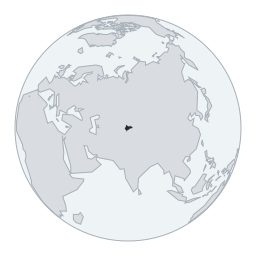 Chuy on an orthographic globe
{"feature_id": "KGZ-1116", "entity_name": "Chuy", "entity_type": "Region", "adm_level": 1, "iso_a3": "KGZ", "parent_name": "Kyrgyzstan", "parent_adm1": "", "projection": "orthographic", "projection_center": [74.767, 42.563], "detail": "fine", "context": "on_globe", "style": "filled", "palette": "slate", "viewbox_px": 256, "rotation_deg": 0, "n_neighbors": 0, "source": "natural_earth", "source_scale": "10m", "svg_char_len": 11627}
<svg xmlns="http://www.w3.org/2000/svg" viewBox="0 0 256 256"><circle cx="128" cy="128" r="113" fill="#eef3f6" stroke="#a8b0b8"/><path d="M154.0,18.4L153.0,18.3L150.9,17.7L150.4,17.7L153.0,18.6L154.9,19.1L156.7,22.3L164.6,27.9L169.9,29.9L166.5,29.5L178.4,33.7L184.5,38.1L175.9,33.1L173.7,32.6L177.0,35.4L175.4,35.6L176.1,37.1L173.9,37.1L169.1,34.5L167.6,34.6L170.0,36.6L169.3,38.1L166.0,35.1L164.5,37.5L156.1,34.2L149.1,27.2L142.6,26.4L130.8,22.2L130.1,23.0L125.2,22.4L122.6,23.2L121.1,22.4L120.3,23.8L122.2,24.4L122.4,25.2L121.1,25.8L119.0,24.9L119.3,24.4L118.0,24.5L117.5,23.8L117.0,24.5L114.6,23.4L114.9,25.4L111.3,25.4L110.3,24.5L113.1,23.3L117.6,19.1L117.4,18.3L114.3,18.0L102.9,19.8L101.6,19.6L97.8,20.2L97.3,20.7L100.1,20.5L98.2,21.9L101.8,21.8L101.5,22.4L104.1,23.0L100.9,24.4L96.2,25.4L93.9,25.1L91.8,25.7L91.7,27.3L85.1,28.3L76.8,31.9L75.4,32.2L76.9,29.9L82.8,26.3L84.8,24.3L80.5,27.2L77.1,28.2L75.3,29.1L73.8,30.1L74.0,30.4L72.2,31.2L75.7,28.5L77.3,27.7L76.2,28.5L79.0,26.9L81.3,25.5L79.4,26.4L87.2,23.0L95.2,20.2L103.5,18.1L111.8,16.5L120.3,15.6L128.8,15.4L137.3,15.7L145.7,16.8L154.0,18.4ZM156.0,19.4L153.2,18.6L151.4,17.9L153.9,18.5L156.0,19.4ZM159.2,21.3L157.5,20.8L158.2,20.5L159.0,20.8L159.2,21.3ZM174.0,31.4L172.1,30.1L174.5,31.4L174.0,31.4ZM176.6,37.3L177.6,37.7L177.5,38.4L176.6,37.3ZM105.8,22.3L105.0,22.7L104.9,22.3L105.8,22.3ZM107.7,22.3L108.2,21.7L109.1,21.6L108.8,22.0L107.7,22.3ZM174.1,39.1L173.6,40.1L173.3,38.6L174.1,39.1ZM106.8,23.1L110.8,21.5L112.5,21.4L112.7,22.8L106.8,23.1ZM172.8,40.5L171.7,43.4L174.0,44.4L167.0,43.4L170.2,41.1L169.4,39.0L171.2,40.3L172.8,40.5ZM123.3,24.3L121.3,23.7L124.2,23.7L123.3,24.3ZM125.1,24.1L133.8,23.2L136.1,24.5L132.7,24.5L136.7,25.9L133.6,27.0L130.7,26.4L129.8,25.3L129.3,26.6L125.1,24.1ZM163.3,42.5L162.4,42.9L162.5,42.0L163.3,42.5ZM122.8,25.5L124.3,25.2L126.4,26.3L123.7,27.2L123.9,26.6L122.8,25.5ZM139.3,25.9L140.4,27.0L138.2,28.1L138.3,28.7L133.7,27.1L139.3,25.9ZM122.7,26.6L122.3,27.7L120.0,27.8L121.4,26.0L122.7,26.6ZM128.1,26.2L129.0,26.8L127.6,26.7L128.1,26.2ZM111.9,29.1L113.7,28.4L114.9,28.9L111.9,29.1ZM122.3,28.2L123.0,28.1L123.7,28.3L123.0,29.0L122.3,28.2ZM132.5,28.1L131.3,28.4L134.2,28.8L132.7,29.8L129.9,28.6L130.4,29.6L130.0,29.9L128.2,28.6L132.5,28.1ZM124.3,30.4L120.3,29.4L116.6,30.4L115.4,30.0L121.5,28.5L124.3,30.4ZM126.8,29.4L125.0,29.9L124.4,29.0L125.2,28.1L126.8,29.4ZM132.6,31.0L135.7,29.7L136.2,30.0L132.6,31.0ZM123.4,30.8L124.4,31.0L123.2,31.0L123.4,30.8ZM129.9,31.1L130.9,30.5L131.5,30.9L129.9,31.1ZM125.5,32.0L124.2,31.6L124.7,31.0L125.5,32.0ZM127.6,31.7L128.1,32.3L125.7,31.0L128.0,31.4L127.6,31.7ZM130.2,31.5L130.9,31.5L129.7,31.7L130.2,31.5ZM124.2,34.7L121.1,33.2L122.3,31.7L125.1,33.4L124.2,34.7ZM46.1,205.4L41.5,200.2L31.7,184.8L31.5,181.3L30.1,176.3L25.1,160.6L26.1,155.7L25.2,151.7L23.2,149.2L22.5,144.3L21.5,142.3L16.6,131.3L16.4,122.7L19.2,103.8L21.0,101.1L23.5,94.9L37.8,89.5L38.3,94.3L46.7,103.0L47.3,105.2L43.6,109.2L47.7,123.3L52.2,121.3L58.6,131.0L64.6,134.6L71.6,126.2L61.8,120.1L62.8,114.2L72.8,115.0L81.8,120.7L82.5,118.6L79.1,111.3L83.5,109.1L78.2,108.5L78.6,111.3L75.3,111.2L74.7,108.6L76.3,107.8L74.2,105.4L67.2,110.1L66.9,113.5L60.1,110.1L59.0,115.5L56.3,116.3L57.3,107.4L58.9,105.2L58.8,93.9L56.5,95.8L56.4,106.8L55.4,105.0L52.2,108.2L53.8,104.3L54.5,92.2L49.9,88.8L40.0,92.3L38.2,89.9L38.4,84.9L46.1,77.1L49.4,83.5L52.1,81.1L54.9,75.0L55.7,77.6L57.2,76.0L58.8,78.3L64.4,77.3L66.5,79.2L72.0,75.0L73.9,75.6L70.1,77.8L68.6,80.6L74.3,85.9L76.3,85.8L79.4,82.7L80.6,84.7L82.9,81.1L87.8,82.7L83.7,77.8L87.3,74.5L92.0,73.6L92.5,71.8L84.8,73.3L82.4,74.8L81.4,77.4L74.2,81.1L71.6,80.2L76.4,73.3L73.2,71.4L78.3,67.1L95.9,65.0L101.6,66.4L104.0,75.7L100.8,77.2L98.3,74.4L97.6,80.1L99.1,78.1L100.1,79.9L103.7,77.5L104.6,78.7L106.6,74.6L108.1,75.8L106.8,78.4L113.4,76.3L117.3,78.2L118.4,77.2L118.5,75.6L123.4,79.3L124.0,78.4L122.6,76.8L122.9,74.1L125.2,70.8L126.8,72.3L126.2,73.6L127.2,78.9L125.2,82.6L126.1,82.9L128.2,80.0L127.0,73.6L127.9,71.2L129.0,74.1L128.7,72.9L129.7,72.2L132.1,72.9L131.2,69.7L139.8,61.1L145.5,62.0L145.5,65.3L153.2,61.6L158.9,63.5L157.6,61.9L160.4,59.5L158.7,58.9L158.3,58.0L164.7,52.1L167.5,52.1L168.8,48.4L168.1,47.7L166.2,47.4L167.0,43.4L174.0,44.4L175.1,45.9L178.7,45.7L180.8,49.4L184.3,52.5L184.5,57.1L187.2,59.4L188.3,59.1L192.8,62.2L198.2,70.2L189.0,65.0L179.9,54.6L183.2,58.8L181.0,58.3L181.3,60.2L183.8,63.4L184.9,63.4L181.5,71.9L184.5,82.0L187.8,79.5L191.3,80.9L197.6,91.5L196.9,110.4L201.6,113.6L202.9,116.7L201.0,120.1L199.1,115.6L195.8,115.4L195.1,112.5L191.4,116.9L190.1,113.0L187.8,118.5L190.3,121.0L194.0,118.3L192.6,125.2L198.3,128.5L200.5,134.6L196.3,148.8L189.7,155.1L189.6,157.2L186.1,156.2L182.8,161.4L190.2,169.8L190.4,172.8L184.3,180.6L184.0,178.5L174.9,175.8L174.0,183.1L181.0,186.9L183.4,192.4L178.4,192.0L175.9,187.1L172.6,185.9L172.9,179.8L169.1,171.2L164.0,174.1L163.8,170.3L157.8,163.2L150.2,166.9L138.5,178.2L137.8,187.7L133.4,191.9L125.7,178.4L124.1,168.7L120.1,169.4L113.1,160.5L97.7,157.5L96.6,154.5L93.4,155.1L88.7,151.1L87.4,146.2L84.0,145.5L87.8,158.3L91.6,159.1L96.1,155.9L96.4,160.0L101.1,164.6L92.1,172.0L70.9,173.4L70.7,165.8L63.9,140.4L65.1,138.3L65.2,138.1L65.2,137.5L62.7,140.6L62.2,135.5L63.8,152.7L63.3,159.0L70.6,173.7L69.5,174.4L72.4,177.8L83.8,179.0L83.5,181.2L77.0,189.6L62.7,196.5L65.7,205.3L66.4,211.2L59.9,211.0L62.9,215.7L59.8,214.9L61.2,216.9L60.2,217.2L57.5,215.8L54.9,213.7L46.1,205.4ZM30.0,95.6L28.9,97.2L30.0,95.6ZM89.5,131.9L96.1,134.6L96.3,127.2L98.9,127.7L98.0,125.1L96.3,126.6L94.7,119.7L98.7,118.9L99.5,115.9L97.3,114.9L90.2,117.6L92.5,127.4L89.6,129.4L89.5,131.9ZM76.9,28.3L76.6,28.6L74.8,29.6L75.2,29.2L76.9,28.3ZM69.7,34.4L66.9,35.6L69.2,34.3L69.2,33.8L73.8,30.8L74.9,32.2L73.6,32.0L69.7,34.4ZM80.4,27.5L77.3,29.1L80.6,27.3L80.4,27.5ZM64.2,65.7L63.6,67.8L61.3,68.9L58.7,67.1L61.9,65.3L64.2,65.7ZM63.3,70.4L68.8,64.4L70.7,65.6L68.7,65.9L69.4,67.2L66.4,68.2L62.8,75.4L60.5,76.9L56.8,72.3L59.3,72.9L59.7,70.8L63.3,70.4ZM79.7,49.4L82.1,47.5L83.0,52.3L80.6,53.6L77.8,51.7L79.0,49.1L79.7,49.4ZM106.4,26.1L107.3,25.5L107.8,25.7L107.6,26.4L106.4,26.1ZM112.6,28.7L103.2,29.2L103.7,28.4L97.6,30.0L96.6,28.6L100.6,27.6L95.2,27.9L98.4,26.5L94.6,27.0L103.6,24.9L106.3,23.8L103.7,25.5L104.6,26.7L105.8,26.9L111.1,26.8L117.2,25.4L119.1,26.5L118.8,27.8L117.6,28.3L116.7,27.3L115.7,28.7L113.6,27.7L112.6,28.7ZM113.8,44.8L113.4,42.8L111.0,46.6L108.9,45.2L108.7,45.7L106.1,45.5L102.7,46.2L102.1,45.3L101.0,46.0L99.3,46.0L97.6,46.6L96.0,45.4L93.8,46.1L94.3,45.1L90.9,46.9L92.7,45.0L90.6,45.0L90.0,46.8L85.5,39.4L82.2,38.1L78.5,38.2L82.0,35.3L87.7,33.6L93.9,33.0L96.6,34.8L97.7,33.4L99.3,33.8L97.7,34.8L101.1,33.6L102.0,34.3L107.5,34.6L111.8,32.8L113.9,32.9L112.7,34.0L115.7,33.4L114.8,35.6L116.3,35.9L117.0,38.4L113.8,40.5L115.7,40.6L116.3,42.7L113.8,44.8ZM124.3,35.4L120.9,38.0L118.1,38.6L118.1,34.0L116.9,33.5L116.8,30.9L120.9,30.2L120.5,31.0L121.1,31.6L119.6,31.6L121.3,32.1L120.8,33.2L122.0,34.0L120.6,34.6L124.3,35.4ZM49.6,104.7L50.4,106.0L52.0,107.3L50.0,109.4L49.6,104.7ZM49.9,96.5L50.9,97.1L48.8,100.5L48.0,99.3L49.9,96.5ZM53.1,94.6L51.1,96.8L51.7,94.9L53.1,94.6ZM71.1,78.3L72.3,78.8L71.8,79.7L70.3,80.4L71.1,78.3ZM106.3,56.5L106.5,55.1L107.3,55.0L109.8,52.3L111.5,53.3L110.7,55.3L106.3,56.5ZM68.9,126.9L66.2,127.7L65.7,126.2L66.8,126.2L68.9,126.9ZM56.8,118.5L58.8,121.7L56.3,119.0L56.8,118.5ZM108.6,57.2L109.5,55.9L109.8,57.2L108.6,57.2ZM113.0,53.9L113.7,55.2L112.0,53.1L113.0,53.9ZM83.3,216.8L80.6,224.2L75.8,222.4L73.4,219.4L73.4,214.3L78.4,214.6L80.4,212.5L83.3,216.8ZM205.4,195.6L207.8,194.5L207.7,194.9L205.4,195.6ZM203.0,195.9L205.8,194.4L202.4,197.0L203.0,195.9ZM206.9,193.8L209.8,191.4L211.1,190.0L210.7,190.9L206.9,193.8ZM201.0,197.0L189.6,202.2L184.9,203.0L186.2,201.3L193.8,198.6L201.0,197.0ZM185.8,201.4L178.4,200.1L167.3,191.1L171.3,190.4L182.7,194.4L182.0,195.9L186.5,197.4L185.8,201.4ZM203.0,186.9L202.3,190.8L196.1,193.5L193.3,194.2L191.3,190.4L192.4,187.5L194.8,186.6L203.3,173.9L206.5,174.4L204.0,179.4L206.6,181.3L203.0,186.9ZM138.4,188.6L141.4,193.8L138.9,194.8L138.4,188.6ZM206.2,165.8L203.2,171.6L205.7,164.7L206.2,165.8ZM207.4,159.8L207.9,161.7L206.2,160.6L207.4,159.8ZM190.1,160.1L187.6,161.6L187.2,160.2L190.2,157.4L190.1,160.1ZM202.2,139.8L203.2,144.3L203.1,146.1L201.4,143.9L202.2,139.8ZM124.9,65.4L119.5,67.9L116.7,70.7L117.0,73.7L114.2,70.7L118.5,66.4L124.9,65.4ZM137.8,61.4L137.6,59.0L139.2,59.5L139.5,60.1L137.8,61.4ZM136.6,60.3L133.3,58.5L134.2,56.8L136.6,58.6L136.6,60.3ZM120.8,57.4L119.1,58.1L118.8,57.0L120.8,57.4ZM206.2,209.1L191.2,221.1L188.2,222.7L190.6,220.8L191.1,218.0L192.2,217.5L193.5,214.5L204.4,205.7L212.8,195.0L217.0,191.8L221.3,184.1L225.1,180.4L222.9,185.4L225.6,183.4L230.4,171.7L229.1,177.7L224.4,186.2L219.0,194.4L212.9,202.0L206.2,209.1ZM211.3,192.2L214.8,187.4L216.5,185.9L211.3,192.2ZM238.8,148.1L238.7,148.7L238.7,148.4L238.8,148.1ZM234.5,160.8L235.4,161.5L234.1,164.3L232.9,164.9L231.0,169.8L227.1,174.5L228.3,171.8L228.1,170.0L223.5,174.0L222.6,173.3L224.4,170.5L221.1,172.2L224.8,168.1L226.1,170.1L228.0,165.4L231.0,162.4L233.5,159.8L235.0,159.1L234.5,160.8ZM224.3,175.5L224.9,174.9L224.3,176.4L224.3,175.5ZM238.4,148.9L238.6,149.0L238.5,149.5L238.3,150.1L238.4,148.9ZM235.5,157.8L237.4,151.4L237.7,150.6L236.4,156.1L235.5,157.8ZM237.1,150.5L237.8,149.2L238.0,149.8L237.8,150.6L237.1,150.5ZM216.9,179.1L216.7,180.2L215.7,180.2L216.9,179.1ZM218.3,177.5L221.2,176.0L218.0,178.5L218.3,177.5ZM208.2,181.1L209.2,182.8L212.5,179.3L210.0,182.9L212.0,185.2L211.1,187.0L209.2,184.5L208.2,189.0L206.7,189.8L206.2,186.8L207.7,181.6L209.2,178.9L214.9,174.4L208.2,181.1ZM218.3,174.8L217.5,172.8L218.1,170.5L219.0,171.2L218.3,174.8ZM214.7,168.0L212.0,166.4L209.9,169.0L213.8,161.5L215.8,164.4L214.7,168.0ZM211.9,162.2L210.0,164.6L211.8,160.6L211.9,162.2ZM209.3,163.8L208.8,161.6L210.5,160.9L209.3,163.8ZM213.0,161.6L212.8,157.3L213.9,159.1L213.0,161.6ZM207.2,156.8L211.4,158.5L206.5,159.6L204.8,151.9L206.7,150.5L207.2,156.8ZM208.6,116.9L207.3,114.8L208.6,113.1L209.2,115.0L208.6,116.9ZM211.8,106.1L208.6,112.0L205.7,116.9L207.3,117.2L207.9,121.8L204.8,119.3L205.7,112.9L208.1,109.9L207.1,106.2L208.0,102.3L205.6,98.4L205.6,95.9L208.4,98.6L211.8,106.1ZM204.5,96.9L200.7,89.4L203.9,88.1L205.5,89.4L205.8,93.3L204.1,93.8L204.5,96.9ZM200.7,87.3L199.0,87.8L189.9,79.3L188.8,77.3L197.4,82.6L196.3,83.4L198.0,85.8L200.7,87.3ZM163.4,43.6L162.5,43.0L163.7,43.1L163.4,43.6ZM157.2,57.7L156.9,56.5L158.3,56.5L157.2,57.7ZM156.7,53.3L155.3,54.0L156.1,52.6L156.7,53.3ZM152.3,56.0L154.4,54.1L153.4,56.8L152.3,56.0Z" fill="#d9dde1" stroke="#a8b0b8" stroke-width="1"/><path d="M127.2,126.6L127.3,126.7L127.4,126.8L127.5,126.8L127.8,127.0L128.0,127.2L128.3,127.2L128.3,127.3L128.5,127.4L129.1,127.5L129.3,127.5L129.4,127.4L129.5,127.3L129.6,127.2L129.6,127.3L129.8,127.3L130.0,127.3L130.3,127.3L130.5,127.3L130.8,127.3L130.8,127.2L131.0,127.2L131.3,127.2L131.5,127.3L131.4,127.4L131.4,127.5L131.0,127.5L130.9,127.6L130.7,127.6L130.4,127.6L130.2,127.7L130.1,127.8L129.9,127.9L129.7,127.9L129.5,128.0L129.4,128.0L129.2,128.2L129.1,128.3L129.1,128.2L128.9,128.2L128.8,128.3L128.5,128.2L128.4,128.3L128.4,128.2L128.1,128.3L128.2,128.5L127.9,128.6L127.5,128.7L127.4,128.6L127.3,128.8L127.4,129.0L127.2,129.3L127.2,129.2L127.1,129.3L127.1,129.2L127.0,129.3L127.0,129.2L126.9,129.2L126.6,129.2L126.4,129.1L126.2,129.1L125.9,129.0L125.9,128.9L125.7,128.9L125.6,128.7L125.8,128.5L126.0,128.5L126.3,128.5L126.4,128.4L126.4,128.2L126.2,128.2L126.2,128.3L126.1,128.1L126.0,127.9L126.1,127.6L126.2,127.4L126.3,127.1L126.6,126.9L126.8,126.9L126.8,126.7L126.9,126.8L127.0,126.8L127.2,126.7L127.2,126.6ZM127.8,127.5L127.8,127.4L127.7,127.3L127.7,127.5L127.8,127.6L127.8,127.5Z" fill="#64748b" stroke="#1e293b" stroke-width="1.5"/></svg>